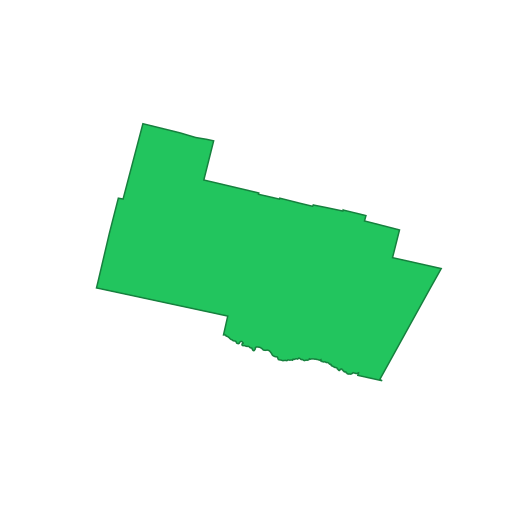 Suipacha, Buenos Aires, Argentina, rotated 330°
{"feature_id": "61730980B93203446510136", "entity_name": "Suipacha", "entity_type": "district", "adm_level": 2, "iso_a3": "ARG", "parent_name": "Argentina", "parent_adm1": "Buenos Aires", "projection": "robinson", "projection_center": [-59.716, -34.739], "detail": "fine", "context": "isolated", "style": "filled", "palette": "green", "viewbox_px": 512, "rotation_deg": 330, "n_neighbors": 0, "source": "geoboundaries", "source_scale": "gbopen_adm2", "svg_char_len": 4442}
<svg xmlns="http://www.w3.org/2000/svg" viewBox="0 0 512 512"><g transform="rotate(330 256 256)"><path d="M140.3,163.1L106.1,199.5L101.9,203.9L201.5,293.9L188.4,308.1L188.7,308.3L189.1,308.5L189.8,309.0L190.2,309.4L190.1,310.0L190.1,310.4L190.7,311.0L191.1,311.6L191.5,312.2L191.6,312.7L191.9,313.3L192.0,313.7L192.0,314.1L192.2,314.6L192.4,315.2L192.7,315.9L193.1,316.4L193.5,316.7L193.6,317.0L193.7,317.7L194.1,318.2L194.7,318.6L195.2,319.1L195.6,319.5L195.8,319.8L195.9,320.4L195.7,321.0L195.7,321.8L196.2,322.5L196.7,322.9L197.0,323.2L197.5,323.2L197.8,323.2L198.4,322.7L198.8,322.6L199.5,322.4L200.2,322.4L201.0,322.9L201.2,323.8L201.4,324.7L201.3,325.1L201.0,325.2L200.5,325.2L199.9,325.2L199.6,325.6L199.5,325.9L199.4,326.5L199.8,327.1L200.2,327.3L200.9,327.7L201.4,328.0L201.7,328.4L202.2,329.1L203.1,329.9L203.9,330.2L204.4,330.7L204.8,331.4L205.0,332.3L205.2,332.7L206.3,333.6L206.2,334.6L206.1,335.7L206.4,336.7L207.2,337.0L208.2,336.5L209.0,336.1L209.4,335.5L209.7,335.0L210.9,335.0L212.2,335.8L213.4,336.8L213.8,337.2L214.5,338.5L215.0,339.6L215.3,341.0L215.9,341.6L217.0,342.4L218.0,342.8L219.0,343.3L220.2,344.8L220.5,346.4L220.7,348.3L220.6,349.7L220.8,350.6L221.3,351.5L222.1,352.6L222.9,353.3L223.7,353.7L224.0,354.4L223.8,355.2L223.6,356.9L224.3,357.6L225.2,358.3L226.1,359.1L226.7,359.9L227.1,360.2L227.3,360.3L228.0,360.4L228.6,360.8L229.1,361.1L229.4,361.1L229.7,361.4L229.9,361.7L230.3,362.0L230.6,362.1L230.9,362.1L231.5,361.9L231.8,362.0L232.3,362.4L232.7,362.8L233.2,363.1L233.9,363.4L234.4,363.6L234.7,363.7L235.1,364.1L235.4,364.5L235.8,364.5L236.0,364.2L236.2,363.9L236.6,364.0L237.1,364.3L237.5,364.7L238.0,364.9L238.5,364.8L238.9,364.8L239.3,365.0L239.7,365.2L240.0,365.5L240.1,365.8L240.5,366.1L241.4,366.0L241.8,365.8L242.1,365.8L242.4,366.1L242.6,366.5L242.8,366.8L243.0,367.2L243.0,367.4L243.1,367.9L243.6,368.5L243.9,368.5L244.2,368.6L244.5,369.0L244.7,369.4L245.0,370.0L245.4,370.6L245.8,370.9L246.2,370.9L246.5,371.0L247.0,371.1L247.3,371.3L247.7,371.4L248.2,371.9L248.8,372.0L249.3,372.2L249.6,372.2L250.1,372.2L250.4,372.0L250.7,371.7L251.0,371.7L251.1,372.0L251.1,372.3L251.3,372.4L251.5,372.6L252.0,372.7L252.5,372.8L253.0,373.2L253.6,373.4L253.9,373.6L254.3,373.9L254.5,374.0L254.9,374.4L255.2,374.7L255.7,374.8L256.0,375.2L256.6,375.5L256.8,375.9L257.1,376.2L257.5,376.4L257.8,376.6L258.1,377.1L258.3,377.3L258.6,377.6L258.9,377.9L259.2,378.2L259.4,378.3L259.7,378.2L259.9,378.4L260.2,378.2L260.4,378.2L260.3,378.5L260.2,378.7L260.0,379.0L259.7,379.3L260.0,379.6L260.3,379.7L260.3,380.1L260.4,380.5L260.9,380.8L261.3,381.2L261.6,381.6L262.0,381.8L262.6,381.9L263.0,382.3L263.3,382.8L263.4,383.2L263.8,383.6L264.2,383.7L264.5,383.9L264.9,384.3L265.3,384.8L265.4,385.1L265.5,385.8L265.6,386.0L265.6,386.3L265.7,386.5L266.2,386.7L266.4,386.9L266.5,387.1L266.7,387.3L266.8,387.5L266.6,387.7L266.4,387.9L266.4,388.1L266.5,388.2L266.5,388.5L266.5,388.8L266.6,389.0L266.9,389.3L267.2,389.5L267.3,389.8L267.6,390.4L267.8,390.6L268.0,390.7L268.0,391.1L268.1,391.3L268.3,391.5L268.5,391.9L268.8,392.0L269.0,392.3L269.3,392.5L269.5,392.6L269.7,392.9L269.9,393.0L270.1,393.5L270.2,393.9L270.1,394.2L270.0,394.5L270.3,394.8L270.3,395.0L270.3,395.3L270.5,395.7L270.4,396.0L270.7,396.7L271.0,396.9L271.3,396.9L271.6,396.7L271.8,396.6L272.0,396.4L272.3,396.4L272.6,396.3L272.9,396.3L273.2,396.4L273.6,396.6L273.8,396.8L273.7,397.1L273.7,397.4L273.8,397.7L273.9,397.9L274.1,398.1L274.1,398.6L274.1,399.0L274.3,399.2L274.4,399.8L274.4,400.1L274.8,400.4L274.8,400.7L275.3,400.9L275.8,401.2L275.9,401.5L275.7,402.1L275.9,402.5L276.1,402.8L276.2,403.2L276.2,403.6L276.5,403.9L276.7,404.2L277.0,404.5L277.4,404.6L277.8,404.8L278.1,405.0L278.3,405.3L278.6,405.5L279.0,405.6L279.4,405.8L279.8,405.8L280.1,405.7L280.7,405.9L281.2,405.7L281.6,405.5L281.9,405.6L282.1,405.8L282.2,406.1L282.5,406.5L282.9,406.7L283.3,407.1L283.8,407.8L284.4,408.1L284.8,408.2L285.3,408.3L285.8,408.3L286.3,408.4L284.5,410.3L302.9,427.1L301.5,424.8L391.1,370.8L403.6,363.4L410.1,359.5L373.4,325.7L393.3,305.2L367.5,279.9L371.4,276.0L354.6,259.9L354.5,259.7L353.7,260.5L340.2,248.4L331.6,240.9L331.5,240.7L331.3,240.5L331.1,240.4L330.9,240.5L330.8,240.8L330.6,240.9L330.4,241.0L330.2,241.0L329.8,241.2L319.5,231.4L305.5,217.8L304.8,218.5L289.0,203.8L289.9,202.8L248.8,164.1L276.9,135.1L271.5,130.2L263.1,123.3L257.0,116.9L252.3,111.9L224.2,84.9L169.4,140.2L165.7,137.1L140.3,163.1Z" fill="#22c55e" stroke="#15803d" stroke-width="1.5"/></g></svg>